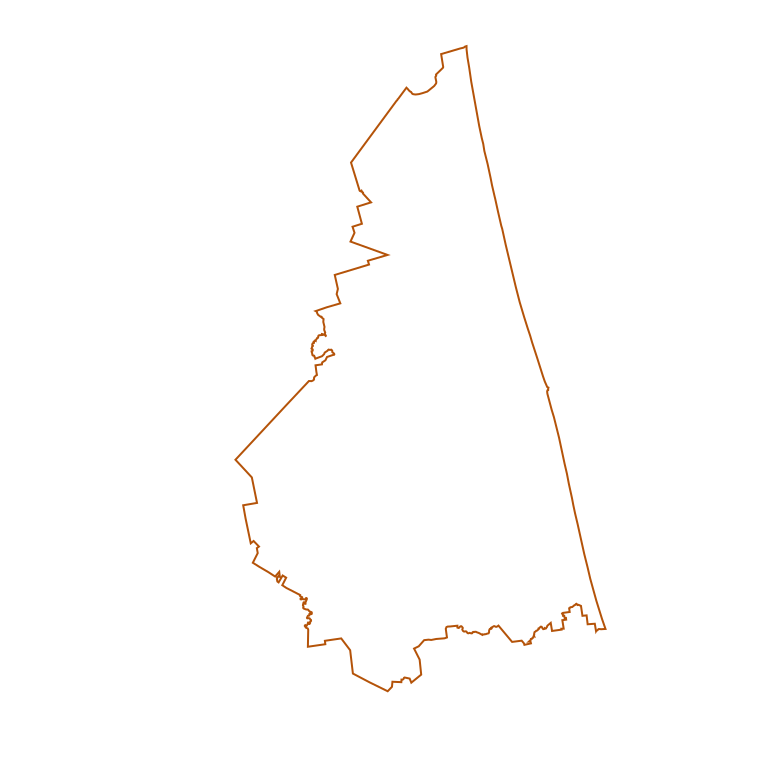 Soto la Marina, Tamaulipas, Mexico, rotated 343°
{"feature_id": "50627088B15970916420519", "entity_name": "Soto la Marina", "entity_type": "district", "adm_level": 2, "iso_a3": "MEX", "parent_name": "Mexico", "parent_adm1": "Tamaulipas", "projection": "robinson", "projection_center": [-98.042, 23.876], "detail": "fine", "context": "isolated", "style": "outline", "palette": "amber", "viewbox_px": 768, "rotation_deg": 343, "n_neighbors": 0, "source": "geoboundaries", "source_scale": "gbopen_adm2", "svg_char_len": 6071}
<svg xmlns="http://www.w3.org/2000/svg" viewBox="0 0 768 768"><g transform="rotate(343 384 384)"><path d="M334.6,672.8L337.5,658.0L335.4,645.8L340.5,645.0L347.5,640.7L351.8,641.5L354.4,642.6L359.4,643.1L367.5,644.9L370.1,644.8L371.5,636.2L372.7,634.7L374.1,634.6L376.3,635.2L383.5,636.6L383.0,638.4L383.8,639.0L384.1,639.1L384.7,639.0L385.7,638.3L386.6,638.1L387.0,638.2L387.4,638.6L388.0,640.0L388.0,640.4L387.1,641.6L387.2,642.6L387.4,643.3L388.2,644.2L389.4,644.3L390.4,644.8L391.0,646.5L391.4,646.9L391.9,647.1L393.0,647.0L394.6,648.0L395.0,648.1L395.4,648.1L395.8,647.6L396.1,647.4L397.3,647.5L397.3,647.3L399.4,647.8L400.1,648.5L402.1,650.0L404.7,652.7L405.3,652.3L405.6,652.6L406.3,652.8L407.1,652.7L408.1,653.0L409.4,652.9L411.1,653.0L411.8,652.3L412.5,650.4L413.2,649.5L413.6,649.2L414.8,649.5L415.2,649.4L415.5,649.2L415.3,648.4L418.4,647.7L418.9,647.9L419.8,648.8L420.7,649.1L421.7,648.9L422.8,648.5L431.1,668.1L440.6,669.7L441.8,672.4L442.0,673.1L442.0,674.5L448.7,675.0L448.8,672.8L447.5,672.6L449.5,671.6L449.9,670.8L451.0,670.9L451.4,670.4L452.5,670.2L453.1,669.0L453.6,668.7L453.9,669.0L453.9,668.3L454.1,667.7L454.4,667.5L454.5,666.9L455.4,665.3L456.8,664.9L457.4,664.5L458.0,664.6L458.6,664.4L459.5,664.0L460.3,662.9L460.5,662.9L460.9,663.2L461.3,662.7L462.9,661.9L463.7,662.2L464.0,663.0L464.1,663.8L464.6,665.0L465.5,665.1L466.2,664.5L466.5,665.1L467.5,665.1L468.0,664.5L468.6,664.2L469.6,662.9L473.6,661.2L472.5,669.3L482.0,670.8L482.1,669.9L484.3,670.5L485.5,662.0L489.3,662.6L489.6,660.9L488.3,660.6L488.6,658.3L487.5,658.1L487.7,656.7L487.4,656.7L487.2,655.5L488.2,655.2L494.9,656.3L495.5,652.6L496.3,652.5L496.9,652.0L498.9,652.3L499.7,651.9L500.2,651.8L501.3,651.2L502.4,651.1L503.0,650.6L503.7,650.4L504.0,650.7L504.1,651.4L504.3,651.7L504.5,652.0L505.4,652.0L507.5,653.8L506.0,663.7L510.1,664.5L508.5,673.3L515.5,674.9L514.5,682.4L514.9,682.0L515.9,682.0L517.3,681.2L517.8,681.1L520.0,682.0L524.2,683.0L523.8,672.6L523.7,653.4L524.3,630.6L525.1,618.7L525.8,605.1L528.2,574.6L528.9,563.5L529.6,555.4L530.4,548.1L531.6,533.4L532.7,523.3L533.4,513.0L535.7,486.5L536.8,465.4L536.8,457.7L537.4,441.1L537.8,438.9L538.4,437.9L539.2,437.9L539.3,437.7L539.1,437.4L540.2,435.5L539.2,434.6L538.5,428.6L538.3,423.1L538.1,404.0L537.8,387.5L537.9,380.4L537.7,373.0L537.6,361.0L537.7,345.3L538.4,329.8L541.1,286.3L542.4,270.2L542.4,267.0L543.4,252.8L544.5,239.2L544.6,237.2L545.4,225.6L546.2,217.9L547.4,204.0L548.1,190.5L549.1,183.4L549.4,177.3L550.5,165.0L555.8,120.5L558.0,106.2L559.3,96.2L560.8,88.1L561.7,85.0L560.2,85.0L558.7,85.6L557.7,85.6L554.8,85.4L535.1,85.2L533.3,98.1L533.0,98.7L531.2,99.7L524.3,103.2L524.1,103.5L524.2,104.0L524.0,104.5L523.0,105.3L522.8,105.9L522.4,110.1L522.2,110.8L521.7,111.8L519.1,113.7L511.0,117.0L506.0,117.1L502.2,117.0L498.9,116.4L497.5,115.8L496.4,115.2L495.8,114.5L495.3,112.7L494.6,112.1L494.0,111.0L493.7,110.7L493.1,109.1L492.1,107.2L481.0,115.4L480.3,115.7L479.6,116.5L478.7,116.9L417.2,162.6L417.2,191.9L417.4,192.3L417.6,192.3L418.2,193.0L419.0,192.6L419.1,193.3L419.4,193.8L419.3,194.4L419.9,194.9L419.6,195.8L424.7,206.5L410.3,206.6L409.7,224.3L399.9,224.4L400.0,230.8L393.6,238.0L425.1,261.6L404.6,261.4L404.6,265.4L368.8,265.3L367.7,279.6L365.0,284.2L365.8,294.1L351.7,293.9L340.0,294.3L340.4,294.7L340.9,295.3L340.8,296.8L341.2,298.6L343.2,301.3L343.8,301.3L344.0,301.5L344.0,302.4L345.2,304.2L344.1,306.9L343.8,312.0L342.9,313.8L342.6,314.9L342.8,317.6L342.1,318.3L342.5,320.9L342.3,321.0L341.6,319.6L340.3,319.0L339.6,318.2L339.4,318.1L339.3,319.1L336.2,318.4L335.5,318.6L335.0,319.2L334.9,319.7L334.4,320.5L333.8,320.7L333.3,320.6L333.0,321.0L331.6,322.1L331.3,322.8L330.8,322.3L330.5,322.6L329.2,322.9L328.9,323.2L329.2,323.9L329.0,324.3L328.7,324.4L328.4,324.1L327.5,324.4L326.9,325.2L326.7,325.8L327.2,326.7L327.1,326.9L326.0,327.5L325.6,328.3L325.0,328.9L325.1,329.3L325.8,329.8L325.9,330.4L325.5,331.3L324.3,331.5L324.2,332.7L324.3,333.2L324.0,335.3L324.3,335.9L325.0,336.1L325.5,336.6L325.4,337.5L325.6,337.7L325.7,339.6L325.9,339.5L326.1,339.7L332.9,339.3L335.5,337.9L336.5,336.6L339.7,335.7L340.5,335.1L341.1,334.9L342.1,335.5L343.6,335.8L343.7,336.3L344.2,336.7L344.2,337.1L343.9,338.5L345.1,340.2L345.2,340.9L345.1,341.2L344.6,341.5L344.2,341.3L337.4,341.5L334.9,344.2L331.2,345.3L330.4,347.1L324.0,346.1L322.9,352.5L322.5,355.8L321.4,356.0L319.3,357.1L318.7,358.0L318.6,358.8L318.2,359.4L317.4,359.8L315.6,360.1L313.1,359.2L284.3,375.7L219.8,413.0L230.3,434.7L227.8,460.6L213.9,458.8L212.3,472.2L210.0,497.4L213.4,496.0L216.9,502.9L214.4,503.8L213.8,508.8L206.3,516.6L211.5,522.6L218.5,530.2L223.6,536.3L228.9,533.0L228.0,538.0L227.7,537.8L227.7,536.8L227.5,536.6L227.2,536.7L226.6,537.5L225.6,537.5L225.2,537.8L225.0,538.1L224.9,539.0L224.5,539.2L224.3,541.7L225.2,542.9L231.1,537.5L232.5,539.1L233.8,540.6L227.9,546.7L231.0,550.5L242.0,561.2L241.8,561.4L241.7,561.9L241.9,562.7L242.9,563.3L243.4,564.0L243.3,564.4L243.0,564.7L241.4,565.0L241.3,565.5L241.8,565.8L243.1,565.8L243.7,566.0L244.7,566.7L245.4,566.8L246.0,566.6L246.6,566.0L247.2,566.0L247.4,566.2L247.5,566.8L247.3,567.2L245.0,570.0L244.7,571.2L244.2,571.2L243.8,570.9L243.8,569.4L243.4,569.3L243.2,569.4L242.1,571.2L241.7,572.2L242.0,573.0L241.8,573.8L241.4,574.1L241.3,574.8L241.7,575.4L243.7,576.9L244.9,577.3L245.4,577.6L246.1,579.3L247.0,580.3L248.0,581.0L248.1,581.6L247.9,582.3L247.5,582.8L247.1,582.8L246.5,582.5L246.2,581.9L245.8,581.8L245.4,582.1L245.3,583.0L244.9,583.5L244.1,583.3L243.4,583.5L242.0,585.0L242.0,585.5L242.5,585.8L243.3,585.9L244.1,586.2L244.4,586.5L244.6,587.3L245.2,588.3L245.0,589.2L244.7,589.4L244.0,589.5L243.5,590.9L242.8,591.6L242.5,591.7L242.1,591.6L241.9,591.3L242.0,590.1L241.7,589.9L241.3,590.3L241.1,590.9L239.2,592.7L238.8,592.7L238.2,591.6L237.7,591.8L237.5,592.3L238.1,594.2L239.6,595.5L239.7,596.8L234.4,613.0L251.8,615.7L252.4,612.3L268.7,614.8L273.8,628.7L269.6,651.8L282.9,665.0L297.7,678.9L303.1,675.9L305.0,671.2L313.4,674.2L314.3,671.8L315.4,672.2L316.4,671.8L317.3,670.8L317.9,670.7L322.4,673.2L322.8,677.6L334.6,672.8Z" fill="none" stroke="#b45309" stroke-width="2"/></g></svg>